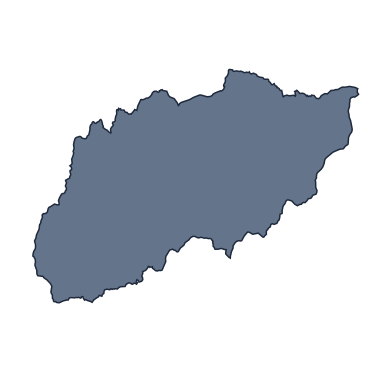 Angostura, Antioquia, Colombia, rotated 192°
{"feature_id": "7082276B23180576044549", "entity_name": "Angostura", "entity_type": "district", "adm_level": 2, "iso_a3": "COL", "parent_name": "Colombia", "parent_adm1": "Antioquia", "projection": "natural_earth1", "projection_center": [-75.338, 6.869], "detail": "fine", "context": "isolated", "style": "filled", "palette": "slate", "viewbox_px": 384, "rotation_deg": 192, "n_neighbors": 0, "source": "geoboundaries", "source_scale": "gbopen_adm2", "svg_char_len": 5999}
<svg xmlns="http://www.w3.org/2000/svg" viewBox="0 0 384 384"><g transform="rotate(192 192 192)"><path d="M50.1,321.1L49.4,322.3L50.8,323.5L51.6,326.0L51.3,327.5L54.2,328.2L60.1,328.0L63.2,326.6L67.1,325.7L70.8,322.5L72.9,322.0L74.8,320.8L77.1,320.3L80.0,316.1L82.6,315.8L84.8,313.9L85.7,312.9L86.4,310.8L87.8,309.5L89.9,309.5L92.6,311.7L95.3,311.6L95.7,310.2L96.9,310.4L98.3,309.5L99.0,310.5L99.4,310.5L100.1,309.7L100.7,310.5L102.9,311.5L104.3,311.6L107.0,310.8L110.2,313.1L110.8,313.2L111.2,312.4L111.9,312.2L112.5,311.7L111.8,311.0L111.4,309.1L110.7,308.3L110.8,307.3L112.7,307.7L116.9,306.3L119.3,306.5L121.9,305.0L122.7,303.5L122.6,303.8L125.4,310.0L126.5,309.6L127.4,310.2L128.2,311.2L129.9,311.9L130.6,311.8L130.5,312.3L130.7,312.6L131.3,313.1L132.7,313.2L134.2,315.1L135.5,313.7L136.6,313.6L138.2,315.4L139.6,315.9L140.5,317.7L141.2,318.1L144.3,317.4L145.1,317.5L146.5,318.6L149.9,318.4L152.5,319.1L153.3,320.3L156.6,321.0L158.5,319.8L159.2,319.9L159.9,320.2L160.9,321.4L161.2,320.9L162.3,320.5L163.4,320.6L165.4,319.6L169.3,320.4L170.4,319.8L173.6,319.7L176.4,318.7L177.3,319.0L177.7,319.9L180.7,319.7L181.3,319.3L181.6,318.4L181.1,316.0L181.4,313.5L183.1,310.3L182.3,306.9L183.3,303.1L182.8,301.8L182.0,301.8L182.4,299.1L184.1,296.9L185.2,296.9L189.7,293.9L191.8,292.1L192.2,290.8L193.7,289.4L196.7,288.3L203.4,288.7L204.8,288.4L210.4,284.7L213.5,281.9L221.4,277.2L222.5,275.8L222.9,274.3L223.3,273.8L225.1,276.3L228.8,279.6L233.3,280.4L235.0,281.5L237.6,285.3L241.6,285.2L242.3,285.9L243.0,285.4L243.6,285.5L244.3,284.5L244.9,284.3L244.6,283.8L245.4,282.7L246.2,282.5L247.7,283.2L249.9,282.6L251.3,281.0L251.7,278.9L252.4,277.3L253.3,276.0L254.7,274.7L256.1,274.4L257.8,272.9L259.8,271.8L260.7,272.0L261.3,271.7L262.9,264.9L262.9,260.4L265.3,260.7L265.4,259.9L267.8,255.4L268.7,255.6L269.4,255.1L270.3,255.0L272.2,256.4L273.8,256.1L275.5,258.0L278.4,257.4L279.2,258.6L280.1,258.0L281.1,258.5L281.1,256.7L281.9,257.2L282.6,256.9L282.7,255.7L282.0,253.4L281.9,251.6L282.4,250.0L282.2,249.0L282.4,247.6L281.9,246.0L282.5,244.6L284.1,243.7L284.0,242.4L282.9,241.1L283.2,239.9L284.2,238.5L284.7,236.7L284.6,235.7L283.7,233.7L283.7,232.9L285.1,233.0L288.0,234.9L289.8,235.3L292.4,236.6L292.4,237.8L293.6,239.3L293.8,240.2L295.4,243.2L296.3,244.0L297.0,243.4L297.9,241.4L299.3,240.6L300.2,239.2L301.2,239.1L302.8,240.2L303.4,240.1L304.0,239.4L304.1,237.8L304.9,236.7L305.2,235.7L305.3,234.1L304.8,232.0L304.8,226.4L306.0,225.0L306.5,222.5L307.7,221.8L310.7,221.8L311.9,222.8L313.2,223.1L316.2,221.5L317.4,220.2L317.8,216.5L317.7,213.6L316.4,210.3L316.7,206.9L315.9,205.7L315.8,205.0L315.9,202.5L316.5,199.1L315.2,195.2L315.6,193.8L316.9,192.2L315.4,191.5L314.8,190.4L314.4,188.9L315.7,187.7L315.7,186.9L314.2,183.8L314.7,181.8L314.7,180.1L318.1,177.2L317.9,176.6L316.6,174.9L317.1,171.6L315.7,169.7L315.3,168.3L316.1,166.6L316.2,164.9L316.6,164.3L318.5,163.4L319.2,162.7L320.5,158.3L320.8,155.7L319.7,153.7L319.5,152.0L320.4,151.4L324.0,151.6L327.5,148.1L328.6,147.4L329.2,146.0L329.3,142.6L329.7,141.6L331.2,140.3L333.0,139.9L333.8,138.2L333.0,136.0L333.7,132.6L333.6,129.9L334.3,128.4L333.8,124.0L335.2,117.6L335.1,114.5L335.8,111.7L335.6,110.7L334.7,109.3L333.9,107.2L333.5,104.9L333.5,103.8L334.4,101.2L334.6,99.1L334.4,96.8L334.2,96.1L333.2,95.7L331.4,93.6L330.5,90.8L330.6,89.1L330.3,87.5L327.6,83.2L326.6,79.5L325.5,78.1L320.1,78.4L318.7,77.1L315.8,76.0L311.3,72.9L309.5,70.6L309.2,64.9L308.4,63.4L307.3,62.5L306.3,58.8L305.5,58.3L304.7,56.5L304.2,56.1L303.4,56.1L302.8,56.5L301.4,55.8L298.9,56.0L295.3,58.7L291.8,60.4L290.5,60.7L290.3,62.2L289.5,63.1L287.8,63.7L284.9,64.0L283.7,64.7L282.3,64.8L281.0,65.4L279.0,65.0L278.4,65.5L278.2,66.7L277.8,66.9L276.9,66.8L276.0,65.2L274.5,63.9L273.5,64.8L272.2,64.2L268.3,63.8L266.8,63.3L265.7,65.9L263.1,68.8L261.8,69.9L261.2,71.6L258.5,71.3L258.3,73.2L257.2,74.3L257.4,77.2L256.9,78.3L254.8,79.3L252.1,79.3L251.1,80.6L249.9,80.1L249.0,80.9L247.9,80.8L246.7,81.5L244.8,81.6L243.7,83.3L242.4,84.4L237.8,85.7L237.3,87.8L235.1,90.0L233.3,90.0L231.5,89.3L230.9,89.5L229.5,90.9L228.6,90.9L227.1,90.3L226.5,91.9L227.9,92.6L227.7,94.7L226.6,94.5L225.0,92.9L222.7,94.2L221.9,96.0L222.7,98.3L223.7,99.3L223.2,102.2L223.7,103.9L221.3,105.5L220.1,107.3L219.2,110.1L218.5,109.7L217.9,110.0L217.6,109.6L217.0,110.1L216.1,110.1L215.2,110.6L214.7,109.1L213.2,108.6L211.4,107.5L209.5,107.5L208.1,108.4L206.4,108.6L205.0,109.4L203.2,118.7L204.0,121.0L204.2,123.5L201.8,130.5L199.0,132.1L197.6,131.4L196.4,131.5L194.1,130.3L193.1,130.8L191.7,134.8L189.0,138.1L188.2,141.1L185.1,144.5L183.9,147.0L181.8,148.9L179.7,149.1L176.6,148.4L175.7,148.6L173.8,149.6L170.0,149.4L168.8,150.0L166.2,149.8L164.8,150.3L163.7,150.1L163.1,149.9L162.5,149.0L161.3,148.4L161.3,146.8L160.5,145.5L160.0,143.3L158.6,142.3L157.9,141.0L157.3,140.8L154.1,141.7L151.6,142.9L148.2,142.5L146.6,142.7L146.5,140.0L146.1,138.4L142.3,135.8L140.8,135.3L141.1,137.4L141.0,141.9L140.2,145.6L140.6,148.0L139.1,151.7L138.3,152.7L136.7,154.0L133.9,154.3L133.2,154.9L131.9,159.5L129.4,164.3L127.9,164.6L123.9,163.3L118.6,165.5L113.3,162.6L112.4,162.8L111.9,164.0L110.4,166.2L111.1,168.5L110.9,170.1L110.2,170.8L109.6,172.7L108.1,174.3L108.3,175.6L108.0,176.6L107.0,177.7L105.1,177.4L102.7,178.8L102.2,179.6L102.0,181.4L101.0,182.7L100.9,185.2L101.3,188.5L99.4,189.8L100.0,193.0L100.0,196.3L99.7,197.8L98.7,199.8L98.2,202.6L97.5,203.7L96.5,204.3L92.7,204.1L89.0,201.5L86.1,200.5L83.9,202.3L82.5,202.7L81.9,203.9L80.8,205.0L79.2,205.1L77.8,207.2L76.8,209.7L75.2,210.2L74.0,211.1L73.4,213.4L72.8,214.2L70.3,215.6L69.9,217.3L70.0,219.3L71.9,222.2L73.2,227.7L73.9,229.1L73.2,231.9L73.6,233.3L73.7,235.5L73.3,237.0L70.4,241.1L69.3,243.7L68.7,247.2L68.8,251.0L68.5,252.1L67.7,253.5L62.5,260.2L56.5,264.5L52.9,265.8L51.4,269.0L49.8,270.4L49.3,271.3L50.2,278.1L49.5,281.1L48.3,283.9L48.2,285.8L48.6,287.4L51.6,294.5L53.9,298.1L54.6,300.6L55.7,302.7L56.1,304.9L55.7,308.1L56.4,311.8L56.3,313.5L56.8,315.0L56.1,317.3L53.8,318.6L52.5,318.7L50.1,321.1Z" fill="#64748b" stroke="#1e293b" stroke-width="1.5"/></g></svg>